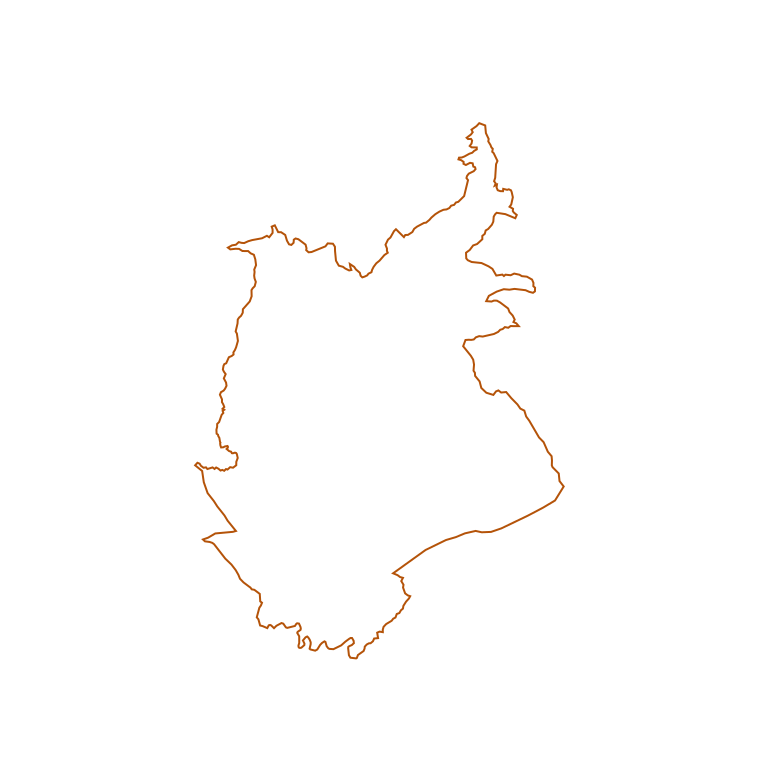 outline of Mohlakeng, Maseru, Lesotho, rotated 217°
{"feature_id": "5366337B47747757162469", "entity_name": "Mohlakeng", "entity_type": "district", "adm_level": 2, "iso_a3": "LSO", "parent_name": "Lesotho", "parent_adm1": "Maseru", "projection": "robinson", "projection_center": [27.612, -29.479], "detail": "fine", "context": "isolated", "style": "outline", "palette": "amber", "viewbox_px": 768, "rotation_deg": 217, "n_neighbors": 0, "source": "geoboundaries", "source_scale": "gbopen_adm2", "svg_char_len": 6166}
<svg xmlns="http://www.w3.org/2000/svg" viewBox="0 0 768 768"><g transform="rotate(217 384 384)"><path d="M590.7,399.0L587.8,399.0L583.9,402.7L581.0,404.7L577.1,405.0L572.5,408.4L569.1,408.1L565.7,408.9L561.8,406.1L557.7,401.9L556.5,397.3L554.8,395.6L552.9,392.4L550.9,390.4L547.8,388.4L546.1,384.2L546.5,381.4L546.3,379.2L542.5,374.4L540.9,369.1L541.7,358.8L539.7,355.9L539.2,352.4L539.7,349.9L539.6,347.5L537.4,344.2L534.1,336.7L531.8,335.7L526.6,330.5L524.2,324.3L523.5,321.4L523.3,318.6L521.9,317.0L522.5,314.7L524.0,312.0L522.5,305.6L523.5,303.8L523.1,301.9L521.4,298.6L519.3,297.5L516.4,296.6L515.3,292.1L511.0,290.1L508.7,287.8L508.1,284.6L508.1,282.3L509.3,279.3L508.6,276.7L504.1,274.2L502.5,272.0L500.3,271.1L497.7,269.5L498.0,267.0L496.1,267.2L496.7,265.4L494.9,264.2L495.1,261.7L492.8,254.4L493.2,251.7L491.5,249.4L490.3,246.6L487.8,243.6L486.1,243.6L484.9,242.6L483.1,241.9L480.0,239.0L479.4,238.8L479.0,237.8L477.7,236.5L475.9,235.3L474.2,236.8L473.6,238.2L471.7,240.3L470.8,239.9L470.4,239.1L470.6,237.4L467.3,237.2L465.4,237.9L463.9,237.2L463.0,237.7L461.7,239.5L460.5,239.9L459.4,239.5L456.3,236.9L455.1,232.9L453.1,230.2L454.2,226.3L456.8,225.0L457.5,221.5L459.0,221.0L459.4,218.5L461.4,218.1L462.5,216.5L465.2,216.7L467.8,216.3L468.2,214.2L470.7,214.2L473.9,209.8L476.0,210.3L477.7,208.5L481.0,208.5L483.3,209.4L485.6,208.8L485.9,205.4L476.9,205.1L468.8,197.1L459.2,190.7L449.4,188.1L443.5,185.9L432.3,183.0L426.6,180.7L413.8,177.5L415.7,175.0L428.8,163.1L432.0,155.4L435.0,150.9L432.3,150.6L428.2,152.9L425.5,153.8L423.3,153.8L405.6,149.0L397.2,148.0L390.4,146.1L385.5,144.0L381.8,141.8L376.8,141.0L368.0,141.0L366.1,140.4L363.7,141.6L356.9,141.6L352.0,135.9L349.8,135.9L349.0,133.0L348.9,130.3L345.2,121.1L342.7,120.5L337.6,116.6L335.2,117.6L330.3,118.8L330.8,121.9L330.0,123.0L328.8,123.3L324.9,122.8L324.4,126.2L322.0,131.4L320.2,132.0L315.9,130.6L314.5,131.0L309.5,137.2L309.7,139.4L309.4,140.6L307.7,141.5L304.3,139.6L303.1,138.4L302.7,137.3L303.8,134.1L303.5,133.0L299.9,131.5L295.8,126.1L295.0,123.8L294.1,122.7L293.4,122.3L292.3,122.6L291.3,123.7L290.5,127.5L291.3,128.8L294.4,130.4L294.2,134.5L293.4,136.1L292.0,136.0L289.5,135.1L287.1,133.6L286.0,132.1L284.1,127.8L283.1,127.7L278.5,129.6L277.5,131.8L278.0,137.2L277.7,139.8L276.7,142.6L275.6,142.8L272.0,140.1L269.5,139.4L268.2,139.6L264.8,141.8L260.9,149.5L259.8,155.0L258.4,159.7L257.8,161.1L256.7,161.9L253.8,160.7L252.1,158.9L252.6,156.1L254.0,153.7L254.3,152.5L253.6,151.4L248.8,146.3L246.1,145.2L241.1,148.1L240.8,148.8L241.7,151.9L239.6,158.5L240.3,161.0L241.3,162.7L241.0,165.6L240.0,167.8L238.7,168.9L238.0,171.9L238.7,174.8L235.8,177.5L239.8,181.3L238.5,183.6L235.6,185.1L237.1,187.0L238.2,189.8L237.8,193.6L235.4,199.5L235.4,202.1L234.3,204.4L235.4,208.0L233.9,210.3L234.3,213.4L233.7,216.0L235.0,218.5L235.4,223.5L235.0,227.7L235.4,230.3L237.8,229.5L241.1,229.5L246.3,232.9L247.6,235.4L251.6,237.0L252.2,240.6L255.0,239.5L258.1,239.5L262.8,238.3L250.9,276.5L240.6,296.7L234.5,304.9L229.5,313.4L222.4,321.8L216.7,324.4L209.5,330.3L203.4,339.3L189.9,365.4L182.5,381.1L177.3,393.9L178.8,410.3L185.4,412.1L190.6,417.7L199.3,419.0L201.0,420.0L203.9,424.1L206.7,427.2L212.4,428.5L221.5,433.6L228.0,434.6L245.9,442.1L250.9,443.6L255.9,447.2L260.3,446.4L265.1,448.0L273.8,449.3L281.6,451.1L285.3,447.7L288.8,447.7L290.1,445.5L290.1,441.1L297.0,438.6L303.9,439.4L309.2,443.6L316.1,445.3L318.2,447.7L320.5,448.5L323.8,453.7L327.4,457.1L331.6,458.8L343.5,461.8L345.4,468.2L342.9,470.4L340.9,471.7L339.1,473.6L338.7,476.6L336.8,479.5L333.7,481.3L326.3,490.1L324.2,494.3L323.8,497.3L322.3,499.3L321.7,502.2L318.6,503.7L317.8,506.4L311.2,511.3L314.8,512.1L317.9,511.4L318.4,514.1L322.4,516.1L327.1,517.0L330.3,519.0L340.4,519.0L344.0,518.5L346.4,516.8L347.7,514.6L352.2,511.7L353.3,517.5L349.6,525.6L345.4,531.8L340.6,534.8L337.0,538.5L327.4,544.1L323.5,545.0L319.9,546.5L319.2,548.8L321.3,551.8L323.6,552.0L325.5,554.7L328.6,556.5L334.5,555.7L338.8,553.1L341.6,552.8L346.5,550.5L348.3,547.1L352.8,544.4L353.2,542.4L355.3,542.6L359.6,538.2L366.7,541.2L371.3,540.9L378.9,539.3L387.4,534.2L391.6,533.3L393.9,533.8L397.5,538.2L396.2,542.6L396.2,548.3L393.9,551.8L392.6,558.8L394.6,561.4L393.9,564.6L395.2,567.8L394.1,570.5L393.7,576.1L394.4,579.4L397.1,583.7L397.4,586.4L397.1,588.5L389.3,592.7L378.9,595.4L379.7,598.9L383.7,599.1L385.3,599.7L386.4,601.6L390.4,601.1L390.4,603.9L393.5,610.7L397.5,614.1L399.2,615.1L401.5,614.6L402.5,613.2L406.2,611.6L405.0,609.6L407.2,608.0L409.8,607.2L412.4,608.7L413.8,611.2L414.9,609.1L415.5,611.4L418.1,612.2L419.3,615.6L426.8,627.0L427.6,630.4L435.4,634.4L437.3,634.6L438.7,637.3L440.6,637.6L442.9,639.0L446.7,640.5L447.9,642.7L453.6,645.7L458.8,651.4L464.9,649.6L465.3,645.7L467.2,639.8L464.7,638.5L464.7,635.6L466.2,630.4L464.3,630.2L462.0,632.1L460.1,631.4L458.8,628.7L458.8,625.7L456.5,625.7L452.3,628.7L451.1,627.2L452.3,624.5L452.7,621.8L454.4,619.3L456.7,614.1L458.2,611.7L460.3,609.9L459.7,608.2L457.1,609.2L454.1,609.3L453.0,607.7L450.4,608.2L448.4,612.4L446.0,613.6L443.5,611.4L441.7,611.9L440.2,610.7L440.4,608.0L442.9,603.0L442.9,600.1L442.1,598.1L439.6,597.4L433.1,582.3L434.3,574.2L435.8,572.2L435.8,569.3L437.7,566.8L437.7,563.9L439.1,561.1L441.4,558.9L443.5,555.0L445.2,550.5L446.3,545.4L446.5,542.4L447.5,538.2L449.0,536.7L452.3,529.6L453.3,526.1L452.8,522.4L454.6,517.5L456.7,515.8L456.5,513.3L467.6,514.8L468.0,512.1L467.0,504.9L467.7,501.7L466.6,496.1L463.2,494.0L461.8,492.1L460.0,491.1L461.3,487.2L461.8,479.8L462.8,475.8L462.8,471.4L462.2,468.0L461.3,465.7L462.8,462.8L462.8,460.6L464.1,458.1L465.5,456.1L467.8,456.4L470.3,458.3L475.4,458.6L478.3,459.6L483.5,459.3L481.0,456.9L478.7,455.4L480.2,453.7L484.4,452.9L487.3,452.9L491.3,451.3L496.6,453.6L503.1,460.7L505.8,464.1L509.2,465.3L513.6,462.4L513.6,458.7L521.3,445.8L523.5,443.8L526.7,444.1L527.6,445.8L530.5,448.1L539.5,448.1L542.2,447.0L542.9,445.0L541.2,442.4L541.7,439.3L543.9,438.4L547.8,440.1L552.6,443.6L557.5,443.3L559.9,441.6L566.7,445.0L568.4,442.1L566.0,440.4L563.9,437.6L564.0,432.1L566.7,431.9L569.1,427.0L575.9,419.6L578.3,416.4L580.5,412.4L582.7,411.0L585.4,409.9L586.1,406.1L588.8,403.3L590.7,399.0Z" fill="none" stroke="#b45309" stroke-width="2"/></g></svg>